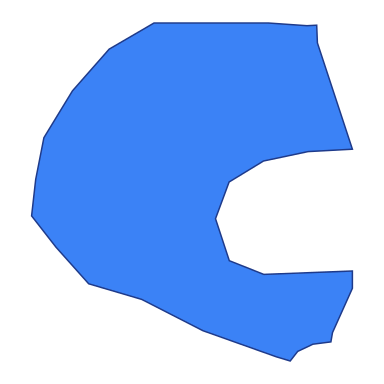 an SVG outline of Torbay
{"feature_id": "GBR-2142", "entity_name": "Torbay", "entity_type": "Unitary Authority", "adm_level": 1, "iso_a3": "GBR", "parent_name": "United Kingdom", "parent_adm1": "", "projection": "natural_earth1", "projection_center": [-3.55, 50.443], "detail": "fine", "context": "isolated", "style": "filled", "palette": "blue", "viewbox_px": 384, "rotation_deg": 0, "n_neighbors": 0, "source": "natural_earth", "source_scale": "10m", "svg_char_len": 489}
<svg xmlns="http://www.w3.org/2000/svg" viewBox="0 0 384 384"><path d="M316.7,25.2L317.4,42.9L352.4,149.2L308.0,151.6L263.5,161.0L229.1,182.0L215.5,218.7L229.3,260.7L263.8,274.4L352.4,271.0L352.4,288.3L332.5,332.6L330.9,341.9L312.9,344.2L297.7,351.4L290.2,361.0L276.3,356.8L202.9,330.7L141.7,299.4L88.7,283.8L56.0,247.2L31.6,215.9L35.7,179.4L43.9,137.7L72.5,90.8L109.2,49.1L154.0,23.0L211.1,23.0L268.2,23.0L306.9,25.7L316.7,25.2Z" fill="#3b82f6" stroke="#1e3a8a" stroke-width="1.5"/></svg>